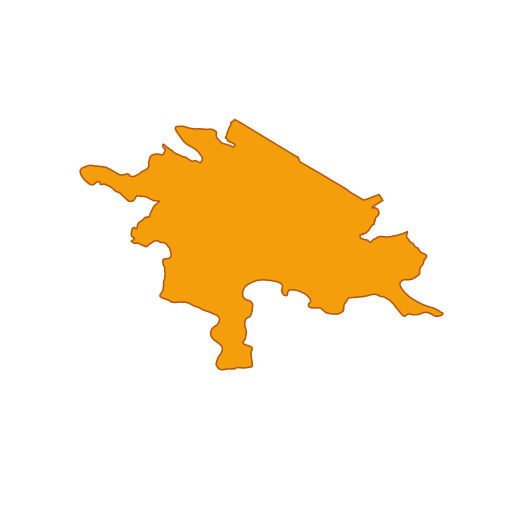 Mosman, New South Wales, Australia, rotated 112°
{"feature_id": "25037944B9039648932577", "entity_name": "Mosman", "entity_type": "district", "adm_level": 2, "iso_a3": "AUS", "parent_name": "Australia", "parent_adm1": "New South Wales", "projection": "equal_earth", "projection_center": [151.246, -33.828], "detail": "fine", "context": "isolated", "style": "filled", "palette": "amber", "viewbox_px": 512, "rotation_deg": 112, "n_neighbors": 0, "source": "geoboundaries", "source_scale": "gbopen_adm2", "svg_char_len": 6131}
<svg xmlns="http://www.w3.org/2000/svg" viewBox="0 0 512 512"><g transform="rotate(112 256 256)"><path d="M153.0,165.1L160.8,173.4L163.5,176.5L163.8,177.3L161.7,191.6L161.0,195.0L160.4,195.9L159.7,200.3L155.9,224.8L152.2,250.7L149.3,253.3L148.7,253.6L148.4,257.5L138.1,320.9L137.4,326.9L139.3,327.7L141.8,329.3L142.5,328.8L143.5,328.5L147.8,329.0L152.5,328.8L156.7,328.3L157.0,328.7L158.1,328.2L157.9,327.6L159.5,325.3L159.8,325.4L160.1,324.2L159.7,323.9L160.4,317.5L160.8,317.1L161.4,317.0L163.5,317.8L163.4,324.1L164.1,328.5L163.9,330.5L161.9,334.9L160.4,337.3L158.8,338.3L156.8,338.5L155.8,339.5L155.1,341.3L154.9,343.5L155.4,345.7L157.2,349.5L159.4,356.7L160.9,359.6L161.4,361.2L162.4,366.0L162.8,370.9L163.5,373.7L165.7,378.1L166.6,378.8L168.3,378.5L170.3,376.3L175.3,368.7L176.8,366.1L178.2,362.2L179.5,353.5L180.2,350.8L181.1,348.5L183.9,343.8L184.9,342.7L186.4,342.0L188.1,341.9L190.0,342.4L190.4,343.1L190.6,344.1L190.2,347.1L190.3,347.9L190.9,349.1L191.9,350.1L192.2,351.7L191.8,353.1L191.7,354.7L190.7,357.6L191.4,361.7L191.1,363.4L191.1,367.0L190.8,370.8L189.7,373.4L189.3,375.8L188.4,379.4L187.3,382.1L187.0,383.7L188.1,384.0L189.4,383.4L190.1,382.4L191.4,379.9L191.6,379.8L193.2,379.7L196.8,380.2L197.4,381.0L198.1,384.7L198.9,386.9L200.5,389.4L201.7,390.4L203.6,391.2L205.6,391.1L209.5,390.6L212.5,389.1L214.8,389.2L217.4,390.5L220.2,393.3L224.4,395.7L227.7,398.6L228.4,399.9L229.1,402.8L228.9,403.5L227.9,404.5L227.9,405.8L228.8,407.3L230.8,409.9L231.7,412.2L231.6,414.8L230.6,421.1L229.9,428.3L231.5,434.8L233.1,439.8L233.8,443.0L234.4,444.3L235.6,446.1L240.0,450.5L241.8,451.0L242.8,451.0L244.0,450.5L246.3,448.7L248.4,445.9L249.8,443.2L251.7,437.7L251.6,435.7L251.2,433.9L249.8,432.7L246.8,431.3L246.4,430.6L246.1,429.4L246.4,428.0L246.8,427.5L247.8,427.3L247.9,426.8L247.5,425.7L246.3,424.1L245.9,423.1L246.3,421.6L246.2,418.8L246.5,416.2L248.7,410.0L248.4,407.3L248.6,406.1L249.7,402.8L252.5,396.0L252.7,394.2L252.1,392.0L250.8,390.4L249.0,389.8L245.5,389.3L245.0,389.1L244.5,388.4L244.1,386.3L242.6,381.3L242.3,379.4L242.3,378.0L242.8,375.5L243.0,371.5L241.4,366.4L242.0,366.2L246.6,368.7L249.0,369.5L255.6,369.9L259.6,369.6L260.1,370.1L260.7,371.8L261.3,372.6L262.3,373.6L265.2,374.5L268.1,376.7L269.6,377.3L271.6,377.5L274.5,376.9L275.4,377.3L275.7,377.8L275.1,379.5L275.3,379.9L276.6,380.8L277.8,381.0L282.2,380.0L283.8,379.1L284.5,378.4L285.0,375.4L286.5,375.4L288.2,377.0L289.1,377.1L289.4,376.5L289.5,375.0L289.9,373.6L288.8,371.4L288.3,369.9L288.7,361.6L288.0,360.7L285.2,359.3L280.4,356.0L279.3,354.6L278.8,352.9L278.8,351.6L279.2,349.8L278.2,346.7L278.2,344.6L278.7,343.3L281.2,339.1L283.8,336.9L286.5,335.2L287.7,334.8L289.0,334.8L290.6,335.6L293.5,340.4L294.3,340.8L295.4,340.7L299.0,338.6L300.8,336.3L303.0,335.6L306.4,333.6L311.0,332.3L315.5,331.8L318.1,330.6L321.7,329.7L324.0,329.5L328.3,330.4L329.5,329.7L330.0,326.5L329.7,320.7L329.8,319.6L330.4,318.1L330.2,316.8L329.6,314.0L326.8,308.6L326.5,307.1L325.4,304.9L325.0,302.0L325.0,299.5L325.5,294.3L325.2,289.2L325.9,284.8L325.3,276.3L325.5,275.1L325.7,269.8L326.4,267.9L327.5,266.6L328.5,266.0L331.8,265.7L334.2,266.2L337.6,268.5L339.8,269.5L342.3,269.7L344.8,269.1L347.1,267.7L348.7,265.3L349.7,262.9L351.0,257.5L352.2,254.7L353.7,252.8L355.7,252.1L359.0,251.9L364.0,253.1L368.0,253.0L370.8,252.6L372.5,251.6L374.1,249.0L374.6,247.2L374.3,245.1L373.5,243.4L370.5,238.7L370.1,236.5L368.8,233.9L368.5,233.4L367.3,232.8L366.8,231.9L365.9,230.1L364.4,225.2L360.9,219.3L360.1,218.4L359.5,218.2L358.2,218.6L349.5,223.6L346.8,224.5L343.8,224.6L342.7,225.2L342.2,226.1L341.9,227.8L342.3,233.2L342.0,234.5L341.2,235.8L340.5,235.8L338.3,235.1L336.8,235.0L330.9,236.1L329.3,236.9L323.7,240.9L320.7,241.8L317.6,241.6L315.1,239.4L313.7,238.8L312.3,238.6L307.6,239.2L302.6,240.7L301.1,242.0L300.0,244.1L299.9,245.5L300.3,248.2L300.0,249.7L299.2,251.8L298.1,253.1L295.3,254.6L291.6,255.2L289.2,254.7L286.8,253.8L282.5,250.6L278.5,246.2L277.1,243.9L275.5,240.6L273.3,233.7L273.3,233.1L272.1,228.1L271.9,226.6L272.1,223.0L272.7,221.3L273.7,220.2L277.9,219.4L279.3,218.7L280.4,217.9L281.5,216.1L281.7,214.8L281.6,213.5L281.4,212.8L280.6,212.4L276.8,213.0L275.5,212.6L274.8,211.9L273.8,210.0L272.7,205.8L272.4,203.5L272.4,200.6L272.8,195.3L275.4,189.8L276.5,188.9L277.8,188.3L278.9,188.4L280.6,189.2L281.7,189.1L282.7,188.5L283.5,186.6L283.1,184.4L281.2,180.0L280.4,177.9L280.1,176.4L282.0,171.1L282.3,169.9L281.8,166.0L281.3,163.9L280.5,161.9L279.5,158.9L278.1,157.2L275.2,154.9L274.4,154.6L272.9,154.6L269.6,155.8L268.1,156.0L264.7,155.5L263.0,154.9L261.2,155.0L260.1,154.3L253.5,141.4L251.0,137.6L248.6,134.6L247.3,132.4L246.8,131.0L246.5,129.0L246.9,125.2L246.1,123.0L246.0,121.9L246.9,115.5L248.9,110.9L256.0,98.3L256.4,97.0L256.3,96.1L256.1,95.4L254.0,94.2L252.6,92.7L252.1,91.5L251.8,88.7L249.8,84.2L249.1,83.1L245.5,79.1L244.6,77.4L243.9,75.0L244.6,67.9L244.5,66.4L244.1,65.4L241.9,62.2L240.1,61.0L239.4,61.0L238.9,61.8L238.9,63.3L238.0,67.7L237.8,72.0L238.4,77.9L238.5,82.6L238.1,88.7L237.1,95.1L236.1,99.3L234.1,104.5L231.9,108.3L229.8,111.0L228.7,111.8L226.7,112.4L224.2,111.5L222.6,109.9L220.7,105.2L218.5,102.1L216.5,100.4L211.9,97.8L210.6,97.8L208.1,98.9L205.6,99.3L204.0,99.1L201.1,98.1L199.3,98.1L197.5,98.7L195.1,97.9L192.6,97.5L191.9,97.9L191.2,99.2L190.9,100.4L191.1,102.7L190.8,104.3L190.2,105.8L188.0,109.0L187.9,111.6L187.4,112.6L185.9,114.5L184.6,119.3L183.6,120.6L182.4,122.8L181.7,123.5L180.4,124.2L178.1,124.3L176.8,124.8L181.5,129.7L182.9,131.7L185.4,134.6L185.9,136.2L187.5,138.1L189.4,141.7L190.8,146.7L192.0,149.4L193.2,150.5L194.7,151.2L196.7,153.4L199.0,154.2L200.6,155.1L200.6,156.1L199.7,157.9L199.6,158.7L200.2,162.5L200.3,164.8L199.9,166.1L199.0,166.9L197.7,167.2L195.9,165.8L196.1,164.9L195.5,164.7L195.4,164.9L194.9,164.6L193.9,162.9L189.7,160.9L187.2,160.7L184.7,160.0L183.5,159.5L182.4,158.4L181.9,158.4L180.5,159.1L178.8,158.6L178.8,159.4L175.9,159.2L174.9,159.3L173.0,158.1L170.5,157.8L169.2,158.5L167.0,160.5L167.0,162.5L166.7,162.7L166.8,162.9L166.6,163.1L166.7,164.2L167.0,164.9L167.9,165.8L167.5,166.4L165.8,165.6L156.9,159.3L155.5,161.1L153.0,165.1Z" fill="#f59e0b" stroke="#b45309" stroke-width="1.5"/></g></svg>